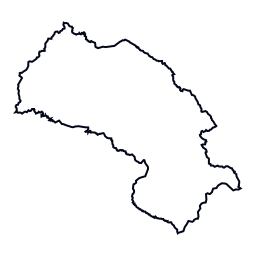 Sung Men, Phrae, Thailand
{"feature_id": "78962969B92353428607909", "entity_name": "Sung Men", "entity_type": "district", "adm_level": 2, "iso_a3": "THA", "parent_name": "Thailand", "parent_adm1": "Phrae", "projection": "robinson", "projection_center": [100.13, 18.026], "detail": "fine", "context": "isolated", "style": "outline", "palette": "ink", "viewbox_px": 256, "rotation_deg": 0, "n_neighbors": 0, "source": "geoboundaries", "source_scale": "gbopen_adm2", "svg_char_len": 5742}
<svg xmlns="http://www.w3.org/2000/svg" viewBox="0 0 256 256"><path d="M177.8,233.3L178.4,232.8L183.4,231.2L184.8,227.0L186.9,224.0L188.4,221.0L192.3,221.8L193.5,221.1L194.2,219.7L196.5,218.7L197.9,218.7L198.5,216.4L197.9,212.0L200.4,208.4L199.9,206.6L200.0,205.6L201.6,203.5L203.8,202.7L205.7,202.5L206.4,199.6L206.0,194.1L207.5,193.3L209.5,194.0L210.2,193.9L211.9,192.2L213.1,188.7L216.5,188.0L218.0,185.6L221.7,183.3L224.7,183.5L226.3,183.9L233.3,190.4L235.9,189.4L238.4,189.6L240.6,188.4L238.3,186.8L239.0,185.5L238.8,184.7L239.2,183.2L239.2,181.3L236.6,176.6L236.3,174.2L234.1,172.6L234.7,171.6L233.6,171.2L233.1,170.1L232.4,169.6L232.1,168.4L230.3,167.9L227.7,166.2L225.6,166.4L224.5,167.5L223.8,167.6L223.3,167.5L222.4,166.5L219.1,166.5L217.6,165.6L214.7,166.8L213.1,165.6L210.8,165.5L210.6,164.2L208.9,163.6L208.9,158.6L207.0,157.1L205.5,152.9L205.6,152.3L206.7,151.8L206.1,149.7L203.0,147.4L201.6,144.9L202.4,144.5L205.1,144.4L205.4,143.6L205.2,142.2L206.4,141.6L206.0,140.1L203.7,139.4L201.8,138.1L200.0,135.8L199.9,134.8L201.1,134.1L201.1,132.5L201.5,131.3L202.4,131.0L203.6,132.0L205.3,131.1L206.1,130.0L207.4,131.1L209.3,130.7L210.0,129.7L211.1,129.5L213.0,127.5L214.3,127.3L216.3,126.2L216.3,125.8L214.9,124.3L213.5,121.7L211.9,120.0L211.7,118.8L211.0,118.1L211.1,116.9L210.1,115.5L208.0,113.9L207.0,112.0L205.5,111.1L202.2,111.9L201.5,111.7L201.3,111.2L201.5,108.9L200.3,106.9L200.1,105.4L198.4,104.4L197.6,101.7L195.5,98.3L195.0,96.4L193.4,95.2L191.9,95.0L190.0,90.7L188.3,90.7L183.7,89.1L182.8,89.7L182.4,91.2L180.9,90.9L180.1,90.0L180.1,89.2L180.5,88.7L179.9,87.5L179.2,87.0L178.5,87.5L177.5,87.0L177.3,86.3L176.7,86.2L176.3,85.2L174.3,83.6L174.3,81.7L173.5,81.0L173.2,80.1L173.2,76.9L172.3,75.5L172.3,75.0L174.2,74.2L173.0,72.8L172.8,72.1L172.0,71.9L171.9,71.1L171.1,70.4L170.7,69.2L169.9,68.5L169.0,68.6L166.4,65.6L165.4,65.3L164.9,63.2L164.3,63.1L163.5,63.7L162.7,63.9L162.1,63.0L162.1,61.0L158.7,61.2L158.3,60.8L156.8,60.7L154.8,59.3L153.7,59.1L152.1,57.1L150.8,57.0L150.1,56.3L149.4,56.2L147.7,53.6L145.1,53.0L143.8,52.2L143.0,50.9L141.1,50.6L140.0,50.1L140.0,49.7L138.7,48.6L138.6,48.0L138.1,47.9L138.1,47.4L137.2,47.4L137.3,46.9L136.7,46.5L136.2,46.7L135.4,45.5L129.6,42.2L129.5,41.7L125.1,39.6L124.0,40.4L122.9,40.2L119.9,41.8L114.4,45.9L105.5,47.1L103.0,46.7L98.2,48.1L97.3,47.9L96.7,47.3L96.1,47.3L95.6,46.9L95.2,45.8L95.4,44.9L95.0,42.8L92.1,41.7L91.3,41.0L90.4,41.4L90.3,42.1L89.7,42.0L88.4,41.3L88.2,40.7L87.4,40.5L86.9,39.5L85.9,39.2L86.1,36.7L84.7,36.0L85.1,34.5L83.8,34.2L84.7,33.1L84.0,32.3L82.9,32.9L81.8,32.9L81.0,34.3L79.9,33.9L79.3,33.1L79.0,33.8L76.7,34.2L76.2,34.6L75.6,34.1L74.1,33.7L72.3,32.4L72.0,31.0L72.5,30.4L72.3,29.2L72.9,28.0L72.2,27.6L71.9,26.7L70.2,26.5L69.1,25.7L68.0,23.7L66.6,23.0L64.9,23.2L63.8,22.7L63.4,24.7L63.7,25.7L64.4,26.5L64.6,28.5L62.8,29.0L62.0,30.4L60.4,31.1L59.6,32.7L58.6,32.9L57.5,31.5L55.4,31.8L54.7,32.7L54.3,34.4L53.5,35.0L52.9,36.2L51.6,37.3L51.4,38.8L48.3,38.6L47.7,40.5L45.3,43.6L45.3,47.5L44.2,48.8L44.7,49.9L44.7,50.9L41.7,50.9L40.5,51.7L39.6,51.6L39.2,52.6L39.1,53.9L39.4,55.8L38.7,56.8L37.5,57.6L36.8,57.5L36.4,58.8L32.4,61.7L31.8,61.8L30.1,61.3L28.5,61.8L28.2,64.1L28.4,65.5L27.4,68.1L26.4,69.7L23.1,71.8L21.8,72.9L20.2,72.8L19.7,73.1L19.8,74.4L19.4,75.7L21.5,77.3L22.0,78.0L18.1,84.7L18.5,86.0L17.8,88.9L18.9,90.6L18.5,93.6L19.4,96.6L19.4,98.9L20.6,100.8L20.0,102.1L18.7,102.7L18.0,104.7L16.4,105.0L16.1,105.4L15.6,106.8L16.6,108.1L16.8,110.6L15.4,112.3L17.2,112.0L18.2,112.8L19.3,112.5L20.8,112.7L22.1,113.6L24.5,111.8L25.6,111.7L26.9,112.2L28.5,110.3L29.7,111.1L31.1,110.6L32.0,109.0L34.1,109.0L34.4,109.6L33.9,110.0L34.9,112.0L35.9,112.7L35.9,113.5L38.5,112.6L38.7,111.8L40.3,112.6L41.7,111.6L42.6,112.3L43.2,113.7L43.0,114.3L41.4,114.9L41.5,116.5L42.0,116.2L42.2,115.1L43.3,116.1L45.1,115.8L45.4,115.1L45.6,115.7L47.6,116.4L47.1,117.2L47.3,117.7L48.3,117.7L49.6,118.9L50.6,118.6L49.2,120.3L50.8,120.7L51.7,119.8L52.3,120.0L52.8,120.3L52.8,121.2L53.9,121.3L55.2,122.5L59.1,120.6L61.9,124.0L63.9,124.2L64.5,124.7L71.9,127.1L73.2,127.2L75.2,126.5L78.5,126.2L85.2,127.3L88.2,127.4L88.3,129.0L87.7,130.2L85.4,131.6L85.6,131.9L87.2,131.5L88.2,131.7L88.2,132.3L88.4,132.0L89.0,132.1L89.9,130.9L90.4,130.9L90.5,132.2L90.9,132.6L91.6,132.3L95.1,132.6L96.2,133.6L96.6,133.4L97.6,134.8L99.3,133.8L99.7,134.0L103.1,133.1L103.9,133.5L105.3,136.4L107.3,137.9L108.8,138.3L109.9,138.2L111.0,138.8L111.1,139.2L111.4,138.9L111.5,139.4L111.1,139.5L111.4,140.0L112.3,140.7L112.0,141.5L112.3,141.9L112.5,144.2L113.3,145.3L113.2,147.0L114.0,147.7L115.9,148.1L115.8,148.5L116.9,149.4L116.8,149.9L117.2,150.6L118.1,150.9L118.6,150.6L119.1,150.7L119.7,150.1L120.8,150.0L121.2,150.4L121.4,150.1L122.9,150.1L123.3,151.0L125.6,151.4L125.7,152.5L126.2,152.8L126.0,153.6L127.3,154.5L128.6,154.4L129.5,155.1L132.1,154.4L134.6,156.9L135.1,159.9L136.5,161.2L138.5,162.0L139.2,162.9L141.1,163.1L143.5,160.3L143.9,160.0L144.4,160.2L145.3,163.2L147.9,166.8L148.0,169.1L145.3,176.2L139.4,178.0L136.0,180.7L136.2,182.3L135.7,183.2L133.5,184.4L132.9,188.7L134.0,190.3L134.1,191.9L133.4,193.6L132.6,194.0L132.0,196.4L132.8,197.7L132.2,199.6L133.4,201.6L132.7,202.6L133.3,203.0L133.7,203.9L134.6,203.6L134.8,205.2L135.7,205.3L136.6,207.1L138.8,208.4L139.4,209.3L140.4,209.2L142.2,211.1L142.7,210.6L144.0,211.7L145.4,211.7L146.2,213.0L147.0,213.0L147.5,213.6L148.2,213.7L148.8,214.6L149.7,214.5L150.1,215.4L152.6,216.9L153.6,216.7L154.2,217.8L154.7,217.9L155.5,216.6L157.1,218.3L157.8,218.1L159.2,218.7L161.2,218.6L162.0,219.1L163.2,219.0L163.9,220.2L164.6,220.3L165.2,221.0L166.0,220.7L166.6,221.3L167.5,221.1L167.4,221.6L167.9,222.2L169.1,222.5L171.0,222.2L172.3,224.3L174.0,225.6L174.2,226.6L175.7,228.5L177.2,229.5L177.2,231.8L177.8,233.3Z" fill="none" stroke="#020617" stroke-width="2"/></svg>